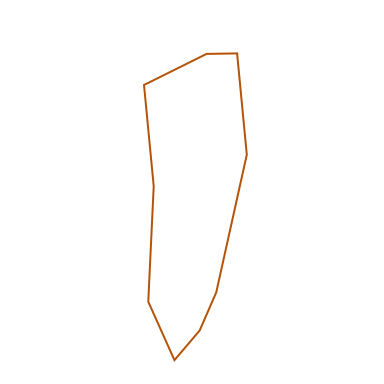 Aruba, orthographic projection, rotated 47°
{"feature_id": "ABW", "entity_name": "Aruba", "entity_type": "country or territory", "adm_level": 0, "iso_a3": "ABW", "parent_name": "North America", "parent_adm1": "", "projection": "orthographic", "projection_center": [-69.968, 12.519], "detail": "fine", "context": "isolated", "style": "outline", "palette": "amber", "viewbox_px": 384, "rotation_deg": 47, "n_neighbors": 0, "source": "natural_earth", "source_scale": "50m", "svg_char_len": 282}
<svg xmlns="http://www.w3.org/2000/svg" viewBox="0 0 384 384"><g transform="rotate(47 192 192)"><path d="M298.5,280.8L303.0,319.5L242.4,298.8L161.7,216.1L81.0,154.1L100.9,87.2L121.4,64.5L202.1,126.5L282.0,242.8L298.5,280.8Z" fill="none" stroke="#b45309" stroke-width="2"/></g></svg>